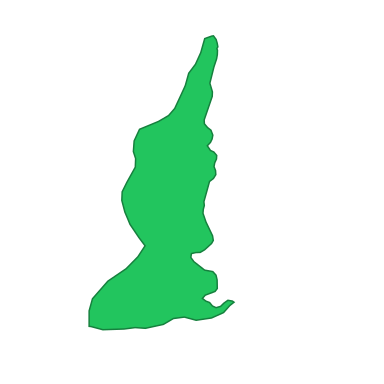 the district of Jaerong, Hwanghae-namdo, North Korea, rotated 15°
{"feature_id": "82179303B97817957609730", "entity_name": "Jaerong", "entity_type": "district", "adm_level": 2, "iso_a3": "PRK", "parent_name": "North Korea", "parent_adm1": "Hwanghae-namdo", "projection": "natural_earth1", "projection_center": [125.668, 38.438], "detail": "fine", "context": "isolated", "style": "filled", "palette": "green", "viewbox_px": 384, "rotation_deg": 15, "n_neighbors": 0, "source": "geoboundaries", "source_scale": "gbopen_adm2", "svg_char_len": 1434}
<svg xmlns="http://www.w3.org/2000/svg" viewBox="0 0 384 384"><g transform="rotate(15 192 192)"><path d="M137.4,235.2L140.5,239.3L152.6,249.8L160.6,256.1L156.5,268.6L148.2,283.2L133.8,299.9L123.5,320.9L123.4,333.4L127.4,348.4L129.3,348.1L141.5,348.1L161.9,341.9L172.1,337.7L182.3,335.7L198.6,327.3L206.8,319.0L217.0,314.8L229.2,314.8L243.5,308.6L253.7,300.3L257.9,291.9L261.1,287.6L259.3,286.9L254.7,287.3L251.5,291.2L249.2,295.1L245.2,297.5L241.2,296.8L237.6,294.2L233.6,293.8L229.6,292.1L231.5,288.2L240.0,282.1L241.4,278.7L239.0,270.4L236.7,266.1L232.7,263.5L224.4,264.2L211.8,258.8L207.8,255.5L207.4,251.6L211.4,249.5L215.6,248.2L219.2,244.5L224.2,236.7L225.1,233.3L223.2,229.0L213.2,217.3L208.1,209.7L207.4,205.8L207.4,201.9L206.0,198.3L206.2,177.3L209.2,173.4L210.5,169.1L209.2,165.2L206.7,161.8L206.4,157.9L207.1,153.8L206.8,152.3L206.4,150.3L202.7,147.7L199.1,147.1L194.8,143.4L197.0,139.3L197.7,135.6L197.4,131.7L194.3,127.4L190.3,125.7L186.3,122.9L185.1,119.2L186.8,94.4L185.8,90.0L181.1,82.3L180.8,65.4L181.3,57.0L180.9,52.7L179.9,48.4L178.9,47.2L179.4,45.1L177.8,41.7L175.8,38.4L172.3,35.6L170.7,36.3L164.6,40.5L164.5,46.8L164.4,55.1L162.3,67.7L158.1,78.1L158.0,90.7L157.7,92.8L155.9,103.3L153.7,115.8L149.6,124.2L141.4,132.5L133.2,138.8L125.1,145.0L122.9,157.6L124.9,168.1L128.9,174.3L130.8,182.7L126.6,199.5L124.5,209.9L126.4,218.3L132.4,228.8L137.4,235.2Z" fill="#22c55e" stroke="#15803d" stroke-width="1.5"/></g></svg>